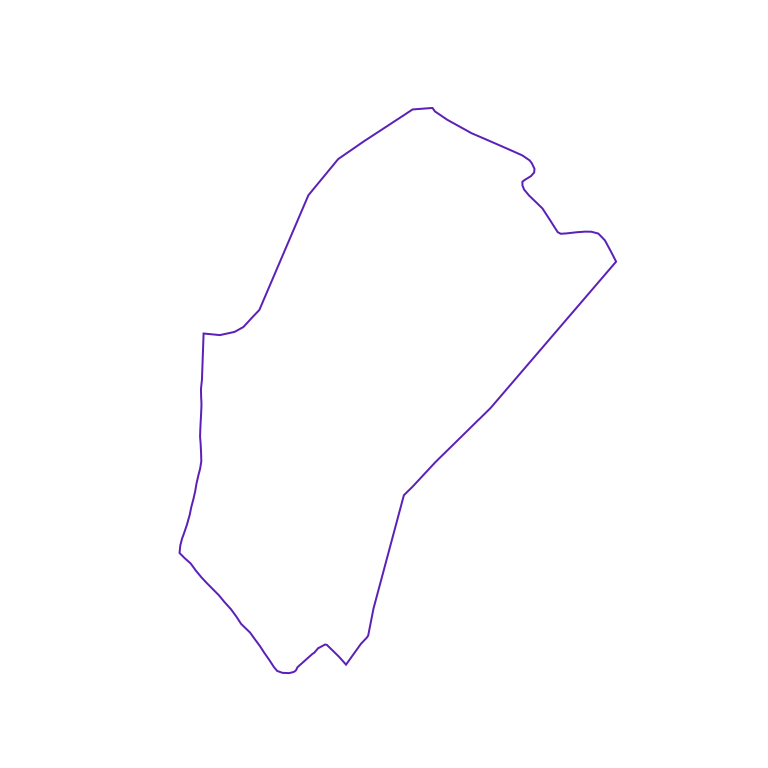 Harib Al Qaramish, Sana'a, Yemen, rotated 147°
{"feature_id": "15242507B30866630212876", "entity_name": "Harib Al Qaramish", "entity_type": "district", "adm_level": 2, "iso_a3": "YEM", "parent_name": "Yemen", "parent_adm1": "Sana'a", "projection": "equal_earth", "projection_center": [44.65, 15.466], "detail": "fine", "context": "isolated", "style": "outline", "palette": "violet", "viewbox_px": 768, "rotation_deg": 147, "n_neighbors": 0, "source": "geoboundaries", "source_scale": "gbopen_adm2", "svg_char_len": 1690}
<svg xmlns="http://www.w3.org/2000/svg" viewBox="0 0 768 768"><g transform="rotate(147 384 384)"><path d="M647.5,353.6L646.1,346.8L643.9,338.7L643.4,329.7L642.4,321.2L641.0,313.3L639.1,304.3L637.5,296.5L636.6,288.3L635.0,278.3L634.5,269.2L634.5,260.6L631.7,248.4L631.3,240.1L630.8,231.9L630.8,223.6L630.5,215.5L630.5,206.7L629.9,201.6L626.5,197.1L621.2,193.3L618.3,192.2L616.1,191.6L613.8,191.8L610.8,193.6L591.2,196.6L588.9,196.6L582.7,198.4L582.1,198.1L581.5,198.1L575.3,197.6L574.0,196.3L570.3,179.9L568.7,169.3L559.3,173.0L544.7,178.7L536.7,180.6L534.3,181.6L515.1,201.4L427.9,279.9L415.7,282.4L384.6,290.2L378.5,291.5L359.6,295.3L329.7,301.4L324.9,302.4L324.0,302.5L307.8,305.8L122.7,360.2L121.5,371.7L120.5,384.2L122.3,393.4L127.2,398.8L132.1,402.1L139.5,406.2L149.1,411.0L153.9,413.7L155.6,416.7L155.6,422.8L155.5,430.1L155.5,445.0L159.7,463.1L160.6,470.8L159.7,475.2L157.7,478.3L154.2,478.5L147.5,478.3L142.9,479.6L140.6,482.5L139.8,488.6L140.1,492.3L143.5,500.4L149.0,508.9L162.3,529.1L174.1,546.8L185.2,567.7L187.1,571.3L192.8,584.8L193.0,589.0L193.4,589.3L193.7,589.5L210.5,598.7L227.8,598.6L268.5,598.5L299.9,597.6L303.7,596.4L319.2,591.5L344.6,583.5L448.2,514.0L457.9,511.7L470.8,508.4L481.0,509.1L495.0,514.4L507.8,524.6L534.3,486.8L540.3,479.4L544.8,472.1L546.9,468.4L548.8,465.4L553.2,459.2L557.5,453.3L560.6,449.0L562.2,446.8L566.9,440.1L570.7,433.1L572.0,430.9L574.6,426.4L579.3,418.7L583.1,414.5L584.1,413.4L585.8,411.8L588.0,409.8L589.2,408.7L595.9,402.2L596.4,401.6L601.4,396.2L602.4,395.3L606.5,391.3L612.6,385.8L618.2,380.1L624.9,374.2L626.2,373.1L631.9,368.6L634.6,366.5L637.5,364.4L643.0,359.3L647.5,353.6Z" fill="none" stroke="#5b21b6" stroke-width="2"/></g></svg>